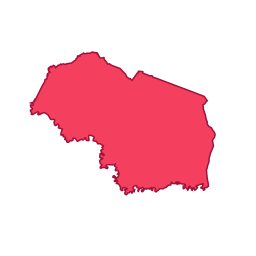 Kaeng Sanam Nang, Nakhon Ratchasima, Thailand (Natural Earth projection), rotated 247°
{"feature_id": "78962969B3158146073423", "entity_name": "Kaeng Sanam Nang", "entity_type": "district", "adm_level": 2, "iso_a3": "THA", "parent_name": "Thailand", "parent_adm1": "Nakhon Ratchasima", "projection": "natural_earth1", "projection_center": [102.24, 15.708], "detail": "fine", "context": "isolated", "style": "filled", "palette": "rose", "viewbox_px": 256, "rotation_deg": 247, "n_neighbors": 0, "source": "geoboundaries", "source_scale": "gbopen_adm2", "svg_char_len": 5708}
<svg xmlns="http://www.w3.org/2000/svg" viewBox="0 0 256 256"><g transform="rotate(247 128 128)"><path d="M122.1,211.6L126.9,210.6L127.7,210.1L162.9,173.3L164.6,171.1L166.8,170.5L167.4,168.5L172.9,163.0L174.1,163.6L174.3,163.3L176.2,159.7L174.8,159.0L175.0,158.1L170.3,150.4L171.8,149.5L172.5,149.5L173.0,148.6L173.1,148.0L174.7,147.4L175.5,146.8L178.3,146.8L185.8,144.0L191.9,137.6L194.4,135.9L194.7,134.3L197.6,133.9L199.7,133.0L202.3,133.3L202.7,131.0L203.3,129.8L204.2,129.7L204.7,129.3L205.5,129.5L206.1,129.0L207.8,129.3L208.0,128.7L209.4,128.9L210.0,127.5L210.6,126.8L210.4,126.5L210.8,126.2L211.0,125.6L211.8,125.2L211.9,123.8L211.5,122.3L211.9,121.9L212.4,120.4L212.9,119.7L212.8,118.2L213.9,116.6L214.4,116.3L213.8,115.1L214.1,114.4L213.8,112.2L213.0,111.8L213.9,110.5L214.0,109.7L213.5,109.3L213.0,109.6L212.5,108.9L212.1,107.4L211.0,106.3L210.6,103.9L210.1,102.9L209.9,100.9L210.8,98.2L210.8,96.7L211.2,96.4L210.9,95.3L212.2,93.7L212.6,92.0L212.3,91.7L213.2,90.8L212.7,89.6L212.8,88.6L213.1,88.3L211.8,84.9L213.8,84.8L214.7,83.8L214.4,83.6L214.4,82.4L213.9,81.5L214.9,81.2L214.7,80.3L214.5,80.1L214.6,79.4L214.1,79.1L214.3,78.3L213.4,77.6L212.8,78.0L212.6,77.4L212.0,77.6L211.3,77.3L210.7,77.8L210.2,77.5L209.9,77.8L209.5,75.4L209.1,74.8L208.8,74.8L208.4,74.4L207.8,74.9L207.3,74.5L207.2,73.7L206.1,73.4L204.9,72.2L205.1,71.0L204.9,70.4L203.3,69.6L200.3,65.5L190.9,54.6L190.9,53.7L190.1,53.8L190.0,53.5L190.3,53.3L190.3,53.0L189.8,52.1L188.9,52.2L188.7,51.8L189.0,48.4L187.4,50.1L186.3,49.8L186.1,48.9L187.2,47.8L187.3,47.3L187.1,47.1L184.8,46.8L183.4,47.6L183.0,47.6L182.4,46.8L182.6,45.5L182.2,45.0L181.3,44.8L179.6,45.3L179.1,45.1L178.6,44.4L178.2,44.5L177.8,45.0L177.7,46.3L178.2,49.6L178.2,50.9L177.8,51.6L177.1,51.9L176.5,51.5L176.3,50.6L176.0,50.3L175.2,50.7L174.9,52.4L175.2,54.3L174.8,57.2L171.3,59.5L166.4,60.1L165.7,60.8L165.0,63.0L164.4,63.6L163.0,63.2L162.4,62.3L162.0,62.0L159.6,61.7L158.8,61.9L158.5,62.5L158.6,63.5L159.2,64.3L159.0,64.9L157.3,65.5L155.6,64.1L155.2,64.1L152.8,67.1L149.5,64.4L148.0,63.5L147.5,63.8L147.2,65.3L146.9,65.8L146.4,65.8L145.9,65.1L145.2,65.1L143.8,66.8L143.4,66.8L142.7,65.6L142.2,65.3L140.7,66.8L139.6,66.3L138.7,66.5L138.3,67.2L138.2,67.9L139.0,69.9L138.3,70.9L138.2,72.2L138.7,72.9L139.9,73.4L139.9,74.2L139.1,75.2L137.6,75.8L136.2,75.9L135.6,76.2L135.5,77.6L135.9,80.7L134.8,81.4L134.5,82.2L134.9,83.3L135.7,84.1L135.7,84.7L135.4,85.0L134.2,84.8L132.8,84.9L131.8,86.6L131.9,87.2L132.2,87.5L136.0,88.5L136.4,89.4L136.2,90.4L134.2,92.5L132.7,93.3L132.2,93.1L131.6,92.0L130.5,91.1L129.7,91.1L128.1,93.7L125.3,94.0L124.3,96.4L122.7,97.2L121.6,98.3L121.1,98.4L120.6,98.1L120.6,96.8L120.3,96.4L119.1,96.8L118.3,96.6L118.2,94.6L117.8,94.1L115.2,94.3L113.1,95.6L112.6,95.5L112.2,95.2L112.3,94.7L114.9,93.3L115.3,92.8L115.1,92.1L113.7,91.5L112.6,90.8L111.8,90.6L111.1,91.0L110.5,92.5L109.9,92.9L109.6,92.4L109.3,89.7L108.8,89.0L106.2,88.7L104.0,89.5L103.1,87.4L102.2,86.8L101.5,87.3L101.7,88.5L100.7,91.3L99.5,92.0L98.8,93.0L98.9,93.5L99.6,94.1L100.3,93.8L101.1,92.9L102.1,93.1L102.4,93.5L102.0,95.3L99.9,99.9L99.7,101.9L98.7,101.0L98.1,100.9L95.8,102.1L95.0,100.3L93.8,99.8L93.4,100.1L93.1,101.7L92.6,102.1L91.3,101.9L90.6,102.3L89.9,102.1L89.8,101.8L90.0,100.8L89.6,100.2L88.6,101.1L88.0,101.0L86.6,99.3L86.5,98.5L87.0,97.4L88.1,97.4L89.6,96.5L89.5,95.5L88.8,94.9L88.4,95.0L87.3,96.2L85.9,97.4L85.2,97.2L85.1,95.4L84.8,94.9L84.3,94.7L83.8,95.0L83.6,97.5L83.3,97.8L82.5,97.4L81.9,95.8L81.5,95.6L80.2,97.4L79.5,97.8L77.4,97.8L76.6,98.1L74.8,97.1L73.4,97.4L72.7,98.1L72.6,98.8L74.5,99.5L75.0,100.2L73.4,102.9L72.5,103.5L72.1,103.2L71.9,102.5L72.6,101.1L72.4,100.7L70.3,100.9L69.6,99.8L68.8,99.4L68.0,99.7L67.3,100.3L67.3,100.7L67.6,101.5L68.3,102.2L67.8,104.1L68.5,104.9L68.6,105.5L68.0,106.2L66.6,106.2L66.9,107.0L67.9,108.0L67.0,108.9L67.7,109.3L68.6,110.2L70.2,108.8L70.8,109.0L71.5,109.7L72.1,110.7L71.9,112.6L71.7,113.1L71.1,113.4L69.7,112.9L68.5,114.4L67.7,114.1L66.9,112.8L66.2,112.5L65.7,112.6L65.9,113.1L67.1,114.2L67.6,115.4L67.4,117.2L67.7,118.0L66.6,118.8L66.0,119.0L65.5,118.6L65.6,116.7L65.3,115.9L64.1,115.9L63.8,116.2L63.7,116.9L64.6,118.0L65.5,120.7L65.3,121.0L64.5,121.3L64.5,123.0L63.3,124.0L63.4,124.4L64.0,125.0L64.1,126.1L63.8,126.3L63.3,126.3L62.0,125.3L61.0,126.0L61.5,126.8L62.8,126.6L63.1,128.4L62.5,129.1L61.6,129.5L61.1,129.3L60.6,128.6L59.3,128.1L58.5,128.5L58.3,129.2L59.6,133.6L59.3,134.6L58.3,136.5L58.7,138.1L58.4,139.9L59.5,142.7L58.9,144.8L59.2,145.5L60.7,146.3L61.0,146.9L60.7,147.3L59.6,147.4L58.5,149.2L58.3,150.1L59.3,150.9L59.5,151.6L59.2,152.1L58.9,152.2L57.5,151.2L57.0,151.2L57.0,152.0L58.1,153.1L58.3,153.8L57.9,153.9L57.1,153.1L56.6,153.2L56.4,154.9L55.3,155.9L54.5,157.7L53.5,158.5L52.7,158.5L52.4,158.1L53.0,156.2L50.7,155.2L50.4,155.4L50.4,155.8L50.9,157.2L50.6,157.9L49.5,158.5L47.4,158.8L47.5,159.1L50.3,161.1L50.6,161.8L50.4,162.2L50.0,162.3L49.4,161.2L48.9,161.0L47.8,163.2L47.4,163.1L46.3,162.3L45.6,162.7L45.7,163.0L47.2,164.2L47.4,164.7L47.1,165.2L46.7,165.3L45.7,165.0L44.9,165.1L44.7,165.7L44.8,166.4L46.1,168.7L46.7,168.6L47.4,167.8L47.9,167.8L48.1,168.2L47.9,170.0L48.0,171.9L47.6,173.2L47.6,175.0L47.3,175.4L46.8,175.3L46.2,174.4L45.1,173.8L44.8,173.2L44.9,172.0L44.6,171.7L43.9,172.0L43.7,173.1L41.8,173.2L41.7,173.7L41.2,173.4L41.1,173.8L41.5,174.7L42.7,174.5L43.0,174.8L43.0,175.7L42.4,177.0L42.6,178.0L42.9,178.7L42.9,179.2L44.6,179.9L51.3,181.4L58.8,183.8L59.9,185.0L62.2,186.5L65.3,189.4L68.2,190.7L72.6,194.1L78.0,199.6L83.7,200.9L85.7,203.9L87.2,205.2L88.5,205.8L90.9,205.7L92.7,205.1L95.5,204.9L97.9,203.1L100.3,202.5L101.3,202.6L102.6,203.3L106.0,203.4L109.2,204.2L115.9,204.8L120.1,206.1L120.3,208.2L121.7,210.3L122.1,211.6Z" fill="#f43f5e" stroke="#9f1239" stroke-width="1.5"/></g></svg>